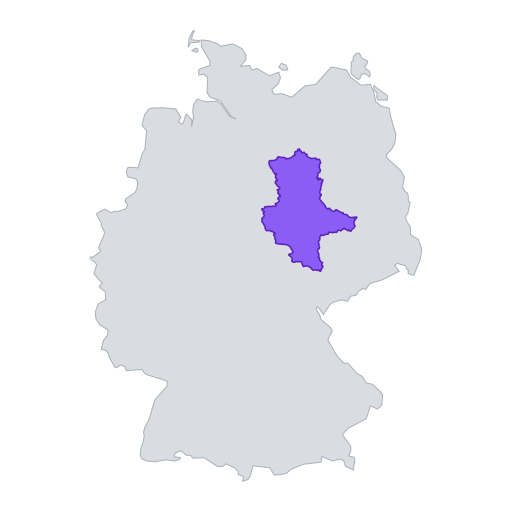 location of Sachsen-Anhalt within Germany
{"feature_id": "DEU-1600", "entity_name": "Sachsen-Anhalt", "entity_type": "State", "adm_level": 1, "iso_a3": "DEU", "parent_name": "Germany", "parent_adm1": "", "projection": "orthographic", "projection_center": [11.644, 51.989], "detail": "fine", "context": "in_parent", "style": "filled", "palette": "violet", "viewbox_px": 512, "rotation_deg": 0, "n_neighbors": 0, "source": "natural_earth", "source_scale": "10m", "svg_char_len": 9598}
<svg xmlns="http://www.w3.org/2000/svg" viewBox="0 0 512 512"><path d="M217.3,466.5L204.3,457.7L192.6,458.1L190.7,455.3L186.7,455.3L180.9,450.7L175.5,453.1L174.1,455.5L174.4,457.0L179.8,457.4L180.5,458.7L174.9,461.1L165.9,459.8L155.3,461.8L146.4,460.9L141.4,458.5L140.2,454.6L140.8,448.9L143.3,441.4L144.2,435.9L143.5,432.3L145.0,427.0L148.8,420.1L154.9,399.9L167.1,386.1L167.1,381.0L147.5,374.9L144.4,373.3L141.8,369.4L126.1,370.7L125.0,366.8L120.9,364.9L116.4,367.7L114.9,367.2L109.5,357.6L108.2,353.2L105.6,350.2L101.4,349.4L103.2,341.0L107.6,335.1L108.1,329.9L99.8,325.0L95.9,318.8L95.3,311.8L98.3,304.0L105.6,299.7L105.3,291.9L99.7,287.4L99.4,286.0L102.1,283.2L93.9,273.7L96.6,265.0L95.3,262.3L91.4,260.0L90.2,257.2L93.2,256.9L100.6,251.3L100.9,250.3L99.0,249.3L99.0,246.7L104.4,234.0L104.3,231.8L101.2,225.2L101.3,222.9L96.8,215.4L97.0,213.0L105.1,209.1L111.5,212.9L114.1,211.1L117.4,211.6L125.6,208.9L128.0,205.0L125.2,201.6L125.6,199.1L135.0,192.4L136.8,189.1L137.7,182.5L136.7,180.2L135.6,178.7L128.0,177.0L126.3,173.1L127.3,168.1L128.7,167.2L137.9,167.9L142.4,153.5L144.9,149.1L146.6,130.9L142.0,125.2L144.6,114.9L148.3,109.5L151.1,108.1L162.9,107.8L175.8,108.9L180.8,117.7L178.5,121.9L181.6,124.1L183.2,123.4L185.5,115.5L186.7,114.3L191.8,119.8L191.6,126.8L193.5,117.5L192.7,110.8L193.7,104.5L197.1,99.2L206.5,101.9L217.0,101.1L220.8,103.7L229.5,116.2L236.2,119.0L231.0,116.3L220.6,101.0L209.4,96.8L207.0,92.4L207.7,77.4L203.6,74.2L199.0,75.1L198.5,71.6L199.3,69.2L209.7,65.5L210.0,61.4L201.4,46.5L201.3,40.0L209.0,40.7L218.3,44.1L220.5,46.3L232.6,43.9L241.7,48.4L245.8,54.7L245.9,60.0L240.4,66.2L249.7,65.5L251.9,70.1L256.9,68.5L269.2,75.7L278.8,72.2L280.4,77.9L278.5,83.6L271.8,89.7L273.2,93.5L275.3,94.3L281.7,93.6L291.7,97.3L305.1,85.8L315.8,84.4L331.2,67.0L346.5,70.0L350.6,77.3L361.0,85.3L370.3,84.3L373.8,92.0L375.6,101.5L381.2,106.3L389.2,108.2L391.0,118.1L395.6,133.7L395.6,138.6L394.4,144.0L391.9,148.7L386.8,154.3L386.5,157.4L400.5,170.4L404.4,177.0L402.5,186.8L404.9,191.4L407.2,192.9L408.2,195.3L408.4,201.0L410.2,202.5L407.9,212.8L405.4,217.1L406.4,220.7L410.2,226.8L410.6,234.7L418.4,239.5L421.8,249.9L420.3,259.1L413.8,275.4L408.1,273.5L408.4,270.0L407.3,269.9L405.4,265.6L397.1,263.4L394.8,265.5L399.2,271.3L382.3,279.8L369.9,283.5L365.6,289.5L363.3,288.4L358.4,291.1L356.4,295.0L350.4,296.3L347.8,301.2L341.2,299.9L333.3,302.1L329.8,304.7L323.4,314.5L318.1,307.0L316.8,307.0L316.4,309.5L319.6,314.8L320.9,319.3L330.2,327.4L332.3,330.9L327.8,339.9L337.0,355.9L344.0,363.4L347.9,363.2L356.5,373.0L362.1,376.4L366.5,383.2L372.1,384.1L380.8,392.1L382.6,394.9L381.7,405.3L377.6,409.1L370.3,405.9L366.3,418.7L348.2,428.2L343.0,433.8L343.0,435.6L350.7,446.2L350.8,451.0L348.7,455.9L354.0,457.2L354.8,459.7L353.4,469.9L345.4,466.3L343.8,460.8L340.5,459.1L332.6,461.0L321.9,456.5L321.0,462.2L302.8,464.3L290.2,469.8L286.5,473.4L276.4,475.2L274.1,474.9L269.9,467.8L253.0,465.8L250.1,476.4L247.9,479.4L242.8,481.3L243.5,476.4L238.3,474.6L238.1,471.4L234.8,468.1L226.2,463.8L222.3,466.6L217.3,466.5ZM369.4,71.1L370.3,75.0L369.5,77.0L365.6,73.8L361.8,73.9L359.7,79.0L358.0,79.3L352.0,74.8L351.0,72.6L351.3,62.2L353.1,60.0L353.3,56.8L356.4,53.3L359.3,53.1L361.7,57.9L367.4,61.0L367.8,62.3L364.9,66.5L365.7,68.8L369.4,71.1ZM387.2,95.5L387.4,100.1L377.6,99.9L376.7,96.5L377.2,93.2L373.9,89.6L373.8,85.7L387.2,95.5ZM190.5,42.8L188.2,47.3L188.9,39.2L192.9,30.7L194.5,31.0L192.3,34.9L191.7,39.8L199.9,40.7L198.9,42.1L190.5,42.8ZM287.8,70.0L282.7,70.1L278.8,67.2L281.2,63.3L286.2,65.2L287.8,70.0ZM198.1,50.9L196.7,52.3L191.9,50.6L195.6,48.1L197.7,48.8L198.1,50.9Z" fill="#d9dde1" stroke="#a8b0b8" stroke-width="1"/><path d="M266.6,230.7L266.1,230.3L265.1,228.4L265.1,226.8L264.8,226.0L264.2,225.4L264.0,224.9L263.7,224.5L263.5,223.7L263.4,223.3L262.8,222.9L262.1,222.0L261.9,220.6L262.0,218.3L262.3,217.9L262.9,217.6L263.3,217.1L263.8,216.8L264.2,216.1L264.2,215.6L264.2,214.7L263.3,213.9L263.3,213.7L263.5,212.6L263.8,212.3L264.3,212.1L264.5,211.8L264.3,211.7L263.9,211.8L263.4,211.2L262.5,210.7L262.4,210.2L261.8,209.3L261.8,208.9L262.2,208.7L263.2,208.9L263.6,208.7L264.7,207.6L264.8,206.9L265.1,206.8L267.1,206.5L271.8,206.5L272.7,206.2L273.4,206.1L275.2,206.2L275.8,206.0L276.0,205.8L276.1,205.5L276.0,204.7L275.3,204.1L275.3,203.9L275.3,203.7L275.7,203.4L276.9,203.1L277.6,202.6L278.5,201.9L278.9,201.5L279.2,200.7L279.1,199.8L279.0,199.6L278.5,199.5L278.1,199.3L277.9,198.7L277.9,198.3L278.2,197.6L278.5,197.3L280.0,196.8L280.1,196.5L280.2,196.2L280.2,195.5L280.0,195.0L279.8,195.0L279.6,195.4L279.5,195.5L279.4,194.4L278.8,194.4L277.8,192.9L277.8,192.7L278.4,192.1L278.4,191.8L278.2,191.4L278.1,190.9L277.4,190.5L277.2,189.9L277.3,189.7L277.9,189.4L279.5,189.1L279.7,188.8L279.8,188.0L279.6,187.6L278.6,186.7L278.0,186.5L277.7,186.2L275.2,182.8L275.3,182.0L275.7,180.9L276.3,180.7L277.1,180.8L277.4,180.7L277.1,180.1L276.2,178.5L275.7,178.0L275.5,177.0L275.5,175.8L275.6,175.5L276.5,174.4L276.6,174.1L276.6,173.9L276.5,173.7L275.9,173.6L275.6,173.7L275.2,174.0L274.9,174.0L274.6,173.7L273.4,171.9L271.7,168.4L271.2,168.1L270.8,168.1L270.5,167.7L270.3,167.1L270.3,166.3L269.6,165.4L269.0,164.0L269.1,163.2L269.0,162.2L269.2,161.7L269.1,161.2L270.4,160.6L272.0,160.5L273.5,160.6L275.5,159.9L276.2,159.5L276.5,159.1L277.2,158.6L277.3,158.4L277.4,157.6L277.5,157.2L278.1,156.9L279.3,156.9L280.4,157.1L281.3,157.5L283.3,157.4L285.0,157.7L285.4,158.1L285.8,158.3L286.2,158.9L286.4,159.0L286.7,158.9L287.4,158.5L287.7,158.6L288.4,158.6L290.6,157.7L291.8,157.3L293.9,155.3L294.9,155.2L295.0,155.1L294.8,154.2L294.8,153.6L295.0,152.3L295.3,151.6L295.8,151.4L296.3,151.6L296.8,151.5L297.1,151.3L297.8,149.4L299.3,149.0L299.7,149.2L299.7,149.7L299.5,150.3L299.2,150.6L299.7,150.8L300.8,150.9L301.2,151.2L301.5,151.9L301.5,152.5L301.7,152.8L302.3,152.9L303.6,152.3L304.1,152.2L305.2,153.8L305.7,154.2L306.7,154.2L307.2,154.5L307.0,155.1L306.6,155.8L306.5,156.0L308.8,157.5L309.7,157.7L311.2,158.5L311.8,158.6L312.3,158.4L313.2,158.4L315.7,158.1L316.1,158.5L316.3,158.9L316.3,159.5L317.1,159.6L318.5,159.2L319.5,159.5L319.8,160.2L320.5,162.4L320.6,162.8L320.4,163.4L319.3,164.4L319.2,164.5L319.2,164.8L319.3,165.2L319.6,165.7L319.7,166.1L319.2,166.6L319.1,167.0L319.2,167.5L319.5,168.1L319.8,169.0L320.4,169.7L320.3,170.7L320.0,171.8L319.6,172.5L319.0,172.8L318.1,172.8L317.9,173.7L317.9,175.1L317.8,176.1L316.8,177.6L317.0,177.8L317.9,177.7L318.1,177.8L318.2,178.0L317.7,178.7L317.6,178.8L317.7,179.3L318.0,179.8L318.4,179.9L319.3,179.6L319.5,179.2L319.7,178.4L319.9,178.2L320.3,178.3L320.5,178.5L321.3,179.7L321.5,179.8L322.3,179.8L322.7,179.6L322.8,179.7L322.6,180.3L322.6,181.1L322.6,181.6L322.2,182.3L321.9,183.2L321.7,183.5L321.2,183.8L321.3,184.2L321.6,184.6L321.6,184.9L321.3,185.9L320.7,187.2L320.8,187.6L320.6,188.3L320.8,189.3L320.8,189.5L320.3,190.3L319.8,191.8L319.8,192.1L319.9,193.4L320.3,193.9L320.7,193.9L320.8,194.1L321.0,194.6L321.3,194.9L321.2,195.2L320.4,196.1L320.0,197.6L319.7,198.0L319.6,198.3L320.2,199.9L321.3,201.0L321.7,202.0L322.5,202.5L323.2,203.2L325.4,206.1L325.6,207.2L326.1,207.7L327.7,208.9L328.6,208.8L329.1,208.2L329.4,208.3L330.3,209.4L332.0,210.7L332.6,211.0L334.2,211.4L334.7,210.9L335.6,210.4L335.8,210.2L335.9,209.7L336.3,209.7L340.9,212.4L342.7,212.6L343.2,213.0L343.7,214.3L343.9,214.4L345.8,214.4L346.9,214.7L347.4,215.1L348.0,216.0L350.0,217.4L350.7,217.6L353.0,217.3L353.3,217.3L353.6,217.7L354.1,218.0L354.5,217.2L356.1,217.0L356.8,217.3L356.5,218.1L355.3,219.5L354.0,221.6L354.0,222.0L354.1,224.0L354.3,224.6L354.7,225.2L355.0,225.8L354.9,226.5L353.9,227.9L351.5,230.0L350.8,231.3L350.1,231.2L349.4,230.4L348.9,230.1L348.2,230.6L347.8,230.7L347.3,230.1L346.5,229.7L345.5,229.4L345.0,229.1L344.6,228.3L343.6,228.4L343.3,228.9L341.4,230.5L340.7,230.8L339.7,230.4L338.4,230.2L337.8,230.5L337.2,231.7L336.5,232.4L336.1,232.4L335.9,232.1L335.7,232.1L332.3,232.7L331.8,232.4L329.0,232.3L328.6,232.5L328.5,233.8L328.3,234.0L328.2,234.1L325.5,234.4L323.4,235.4L322.3,235.3L321.2,234.8L321.0,235.0L320.8,235.8L319.8,236.7L319.8,239.4L319.6,240.1L319.3,240.4L319.0,240.9L318.4,241.3L318.4,241.5L318.5,242.7L318.8,243.3L319.0,244.7L318.9,245.6L319.5,247.0L319.5,247.4L319.5,248.1L319.3,248.6L319.0,248.8L318.5,248.8L318.1,249.2L317.8,249.8L317.6,250.1L317.6,250.6L317.9,251.5L318.0,252.7L318.7,253.6L318.8,254.2L318.9,255.9L318.8,256.5L318.4,257.0L318.4,257.5L319.5,257.8L319.4,259.4L319.7,260.0L320.5,260.8L320.7,261.8L320.8,262.0L321.0,262.1L322.5,262.4L322.6,262.8L321.9,264.0L321.8,265.2L321.8,265.4L322.6,265.7L322.9,266.3L322.9,266.5L322.1,268.3L320.8,269.9L320.7,270.4L320.9,270.9L320.2,271.4L319.9,271.4L319.7,270.9L318.7,270.0L318.3,269.9L318.0,270.2L317.5,270.5L315.4,269.8L314.3,270.1L312.9,270.2L312.7,269.6L311.5,269.0L311.2,268.6L311.0,267.9L310.4,267.4L308.6,266.6L307.8,266.0L307.4,265.9L304.2,266.2L303.7,266.6L303.4,266.5L302.9,266.0L302.8,265.2L302.3,264.6L302.2,264.2L301.9,263.6L301.9,262.5L301.8,262.2L300.8,261.5L299.4,261.8L297.7,261.8L296.0,261.5L294.9,262.2L292.9,262.1L292.2,261.7L292.0,261.3L291.7,260.3L291.8,260.1L292.1,260.0L292.1,259.9L292.1,259.0L291.9,258.1L291.1,256.8L290.7,256.4L290.0,256.0L289.1,255.5L288.7,254.8L289.2,254.1L291.0,253.8L292.0,253.2L292.4,252.9L292.7,252.4L293.0,251.7L291.0,248.5L290.0,246.7L288.1,245.2L287.2,244.9L283.8,244.3L282.3,244.4L276.7,243.6L275.8,243.1L275.5,242.5L275.6,241.6L275.8,240.3L275.4,239.7L274.9,238.4L274.9,237.0L274.4,236.4L274.2,236.0L273.7,234.6L273.7,234.2L274.0,233.9L274.7,234.2L275.0,234.1L275.1,233.9L275.1,233.4L274.8,232.7L274.6,232.5L274.2,232.5L273.0,232.0L272.5,231.5L271.5,231.5L269.9,230.6L266.6,230.7Z" fill="#8b5cf6" stroke="#5b21b6" stroke-width="1.5"/></svg>